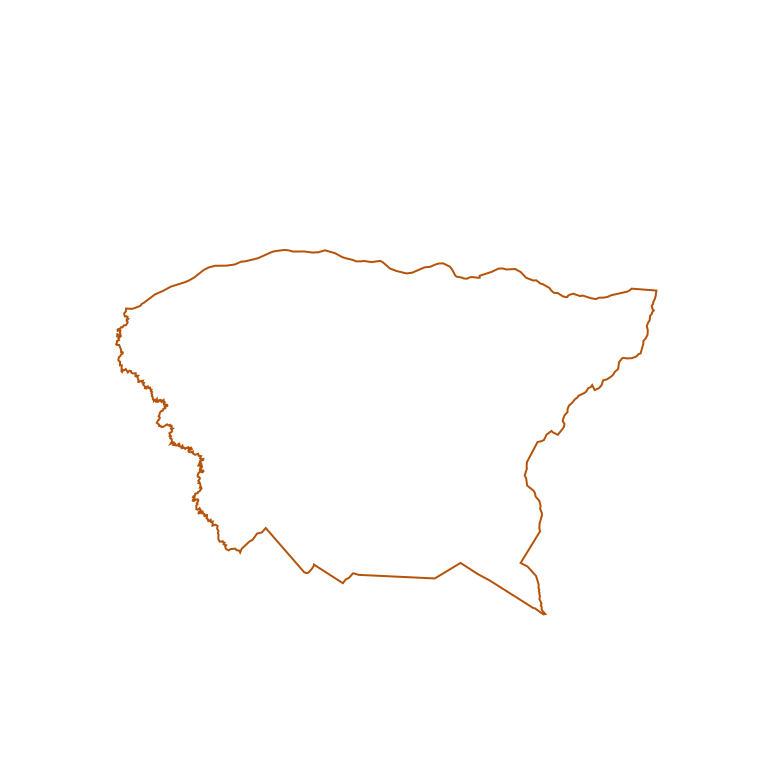 the district of Manaure, La Guajira, Colombia, rotated 32°
{"feature_id": "7082276B63219167188036", "entity_name": "Manaure", "entity_type": "district", "adm_level": 2, "iso_a3": "COL", "parent_name": "Colombia", "parent_adm1": "La Guajira", "projection": "equal_earth", "projection_center": [-72.635, 11.626], "detail": "fine", "context": "isolated", "style": "outline", "palette": "amber", "viewbox_px": 768, "rotation_deg": 32, "n_neighbors": 0, "source": "geoboundaries", "source_scale": "gbopen_adm2", "svg_char_len": 6165}
<svg xmlns="http://www.w3.org/2000/svg" viewBox="0 0 768 768"><g transform="rotate(32 384 384)"><path d="M642.7,493.6L638.2,492.3L636.8,491.1L635.8,489.4L634.3,488.7L633.9,486.7L629.7,484.0L628.6,481.1L627.2,480.1L626.5,478.5L625.4,478.0L624.4,475.8L623.1,475.2L621.5,472.2L614.8,466.3L602.4,462.7L594.7,463.4L594.4,426.2L592.1,423.9L589.7,419.5L587.6,411.7L586.3,409.9L582.5,407.0L581.5,404.5L577.7,400.8L572.4,399.2L569.6,396.4L567.6,395.3L559.2,394.3L554.6,388.7L551.8,387.1L549.9,379.7L548.8,378.7L546.6,374.4L545.0,351.9L548.1,348.7L549.3,346.7L548.7,340.7L550.9,335.1L552.9,335.5L558.3,335.0L559.2,327.8L559.3,325.0L558.2,322.2L555.2,320.8L554.6,319.6L553.7,314.9L554.5,310.6L553.0,308.1L552.3,304.3L553.5,300.3L554.1,295.5L555.2,293.1L555.0,291.3L559.0,284.9L559.5,283.0L559.4,279.4L561.0,277.0L561.1,274.6L565.9,277.5L568.6,273.4L569.1,269.6L567.9,264.8L570.5,262.0L572.8,257.2L573.4,254.4L573.3,251.5L574.6,247.1L571.8,241.1L572.3,236.0L573.4,234.8L576.3,233.7L580.6,230.7L583.4,227.0L584.1,223.6L585.4,222.1L582.6,212.5L581.2,210.1L581.7,206.4L581.4,202.6L579.2,198.6L576.1,195.6L575.4,191.1L575.6,189.4L573.5,185.0L574.0,183.0L573.4,181.1L573.8,178.7L572.4,178.5L569.6,175.9L569.8,173.3L568.9,171.9L568.7,168.8L567.7,165.3L565.5,160.4L543.5,171.9L542.8,174.1L541.3,176.8L529.5,188.5L527.8,191.2L525.0,194.0L520.7,196.8L518.6,199.8L513.9,201.6L505.4,203.8L503.8,205.5L496.6,207.2L494.1,209.9L493.2,212.0L493.4,213.1L492.4,213.9L488.9,214.9L483.3,214.8L479.8,216.6L476.7,216.2L473.5,214.9L465.8,215.2L463.5,215.9L458.2,215.4L455.6,217.2L448.2,218.6L440.5,216.6L434.3,217.0L427.1,222.0L423.3,223.2L420.0,225.4L415.9,231.8L407.8,241.5L408.8,243.1L408.3,243.6L401.6,246.9L400.0,248.4L398.6,250.7L395.9,252.2L393.6,252.5L388.9,254.4L387.3,254.4L381.4,251.0L377.7,249.6L370.4,250.3L366.8,252.6L363.8,256.0L361.3,259.9L356.4,263.8L348.9,274.7L344.5,278.3L334.6,281.6L327.9,282.9L318.6,281.4L315.6,281.6L308.8,287.2L301.2,290.6L300.1,291.8L295.5,294.7L291.5,295.4L284.4,297.8L280.8,298.6L273.2,299.0L263.1,301.9L258.6,307.0L253.9,310.3L245.9,314.0L236.7,319.9L232.2,321.2L228.5,323.1L220.8,329.4L218.5,332.1L210.5,344.1L201.3,353.5L198.1,355.9L194.0,361.8L187.7,367.1L178.0,373.3L173.5,378.2L170.7,382.8L166.8,393.8L164.0,399.1L161.6,402.7L151.7,414.3L147.1,422.4L142.3,429.4L137.2,442.7L136.1,444.5L136.1,446.3L135.3,447.9L130.9,453.5L125.3,456.7L126.6,459.2L126.2,461.6L126.5,462.3L128.5,464.0L129.9,462.9L131.1,463.0L131.6,465.3L132.6,464.7L132.4,466.9L134.0,467.5L134.0,470.9L132.2,472.3L132.2,474.6L130.9,475.3L130.7,477.8L129.8,478.0L129.2,479.0L130.1,480.0L131.2,478.4L132.1,478.2L132.7,480.2L134.0,481.2L133.4,482.8L131.5,483.1L132.5,485.1L133.7,484.6L134.5,482.8L135.4,482.8L134.7,486.1L136.1,487.2L134.8,489.0L135.6,490.3L135.8,492.2L136.6,492.5L138.8,491.3L142.7,494.2L144.2,496.3L145.4,495.5L145.9,495.8L146.2,496.6L145.4,498.4L145.5,500.2L145.0,501.8L145.9,504.2L146.5,504.9L148.3,504.9L150.2,508.1L151.7,507.1L154.6,512.3L155.5,512.6L155.1,510.4L156.1,510.3L157.1,508.2L160.6,509.9L161.0,507.6L162.6,507.1L163.7,508.3L165.3,508.2L167.7,506.5L169.1,509.1L170.3,508.6L170.3,507.6L171.1,507.3L170.9,508.7L173.5,510.5L174.4,512.4L175.3,512.1L175.7,510.9L177.8,509.0L178.3,510.9L179.9,510.3L180.1,512.2L182.9,512.8L183.5,514.3L184.8,513.8L184.6,511.6L185.1,511.1L186.5,512.2L187.6,511.1L188.7,512.4L189.9,512.0L190.1,513.6L191.6,513.7L191.6,515.2L193.0,515.7L193.5,517.2L194.6,517.5L196.0,519.4L197.0,519.5L197.8,520.4L198.1,518.8L199.7,519.6L199.5,517.2L201.3,519.1L202.2,518.3L202.0,516.7L203.0,515.8L204.2,517.0L205.1,517.1L205.1,515.1L205.5,514.3L206.4,515.5L207.7,515.6L207.5,517.1L208.0,517.7L211.2,516.6L211.8,517.2L211.5,518.2L209.8,519.3L211.4,520.6L210.1,522.1L210.5,523.8L209.4,525.0L209.2,527.4L209.9,529.1L209.9,530.8L211.7,531.3L212.1,533.1L211.7,534.5L211.9,537.4L214.7,537.6L215.6,538.8L216.8,537.8L218.1,538.5L219.5,537.3L221.4,533.2L223.1,533.4L224.1,532.1L225.0,533.0L225.9,532.0L226.8,533.1L227.0,534.5L228.5,533.8L228.1,535.4L229.3,536.3L229.3,537.4L228.1,539.0L228.1,539.6L229.4,540.4L229.8,541.7L231.0,541.2L231.4,543.3L233.4,543.4L234.7,545.4L234.7,547.7L236.5,544.9L237.0,545.2L237.3,547.4L238.3,547.1L238.8,545.5L240.0,546.4L240.7,546.1L241.6,544.9L241.4,543.6L242.0,543.1L243.1,544.1L243.2,545.3L245.6,544.8L245.8,543.1L246.4,543.6L246.6,545.4L248.3,544.0L249.8,544.4L250.1,542.9L251.2,542.5L251.5,541.3L252.7,541.7L254.1,540.2L255.5,541.0L254.3,542.8L253.3,543.2L253.4,544.1L254.4,545.0L255.9,544.6L257.7,542.5L258.5,544.0L261.3,544.1L263.5,541.7L264.9,543.1L267.1,542.1L267.4,544.6L269.2,544.6L270.5,543.3L270.9,544.1L270.6,544.9L269.5,545.3L268.8,546.9L269.1,547.7L269.8,547.4L270.1,547.9L269.6,549.1L269.8,551.4L271.2,550.4L271.7,548.9L272.5,549.8L271.7,550.9L272.1,551.6L272.9,551.7L273.1,550.3L273.7,550.9L273.0,553.6L275.0,554.0L276.2,553.2L277.2,553.8L276.7,555.2L273.9,555.4L274.5,556.5L273.8,557.9L274.5,560.6L275.2,561.3L276.8,560.9L277.6,561.3L278.0,562.2L277.8,564.4L279.0,564.9L279.2,566.3L280.4,565.6L282.5,567.7L282.8,569.5L284.0,568.7L284.6,569.3L284.4,572.7L283.5,574.3L283.8,575.4L282.0,577.0L282.8,578.8L281.9,580.4L282.0,581.2L283.3,580.6L284.4,581.7L283.3,583.1L283.6,584.2L284.5,584.2L286.7,580.7L287.5,580.5L288.5,581.5L288.4,584.2L289.5,584.6L289.2,586.5L291.2,589.6L292.7,589.3L293.4,587.1L295.3,588.1L295.4,589.6L294.7,590.9L295.4,591.9L296.3,590.7L297.2,590.5L296.7,588.8L297.6,588.2L299.2,589.7L300.3,589.5L301.6,591.1L302.6,590.8L302.6,589.1L303.4,588.9L304.9,592.0L306.6,592.1L307.5,593.4L308.1,593.2L309.0,591.1L310.3,592.6L311.7,591.4L311.9,592.8L312.8,593.2L313.6,595.0L315.7,592.6L318.1,592.6L319.0,594.9L321.7,596.7L322.2,598.6L323.4,599.3L325.6,603.2L328.3,604.8L330.6,602.8L331.5,603.6L332.8,603.1L333.0,605.0L335.5,604.4L335.4,606.0L337.5,607.6L340.5,607.4L341.4,605.3L345.2,602.4L347.1,603.1L349.3,602.0L351.3,603.1L350.6,599.1L353.3,589.1L355.2,585.6L355.6,578.1L359.1,574.6L360.0,568.8L416.3,586.0L419.0,585.1L420.0,583.6L420.8,578.5L420.8,575.2L420.3,574.3L454.7,574.7L455.1,570.1L457.0,567.0L458.0,561.2L458.5,560.7L463.8,559.2L530.1,522.0L543.7,495.2L564.5,495.5L578.0,494.6L629.2,494.9L630.7,494.3L641.2,494.9L642.7,493.6Z" fill="none" stroke="#b45309" stroke-width="2"/></g></svg>